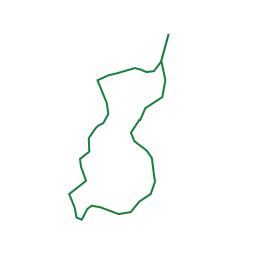 Guro-gu, Seoul, South Korea (orthographic projection), rotated 293°
{"feature_id": "91817680B1968034056748", "entity_name": "Guro-gu", "entity_type": "district", "adm_level": 2, "iso_a3": "KOR", "parent_name": "South Korea", "parent_adm1": "Seoul", "projection": "orthographic", "projection_center": [126.865, 37.485], "detail": "fine", "context": "isolated", "style": "outline", "palette": "green", "viewbox_px": 256, "rotation_deg": 293, "n_neighbors": 0, "source": "geoboundaries", "source_scale": "gbopen_adm2", "svg_char_len": 667}
<svg xmlns="http://www.w3.org/2000/svg" viewBox="0 0 256 256"><g transform="rotate(293 128 128)"><path d="M140.1,136.1L153.0,136.2L169.9,147.5L186.7,143.7L202.7,132.5L230.5,128.7L229.9,128.7L201.7,132.5L190.5,129.7L186.7,123.1L186.7,116.5L185.8,110.9L173.6,95.9L168.9,89.4L160.0,81.3L142.7,98.7L133.3,104.4L123.0,103.4L118.5,99.7L114.8,98.2L103.3,95.9L91.1,101.6L80.8,95.9L74.2,99.7L63.0,110.0L44.2,99.7L33.9,110.0L25.5,115.6L25.5,121.2L37.6,122.2L42.3,125.0L44.2,133.4L45.1,153.1L51.7,163.4L64.8,167.2L76.1,174.7L89.2,173.8L93.9,170.9L109.8,161.6L114.5,154.1L118.3,139.1L124.8,132.5L139.9,135.3L140.1,136.1Z" fill="none" stroke="#15803d" stroke-width="2"/></g></svg>